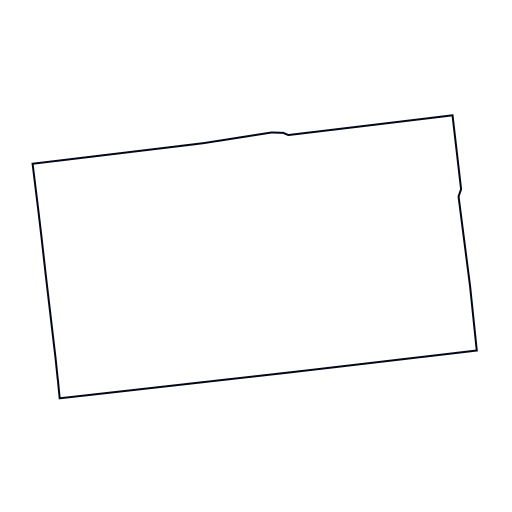 Graves, Kentucky, United States of America (Equal Earth projection), rotated 83°
{"feature_id": "52423323B8927734588522", "entity_name": "Graves", "entity_type": "district", "adm_level": 2, "iso_a3": "USA", "parent_name": "United States of America", "parent_adm1": "Kentucky", "projection": "equal_earth", "projection_center": [-88.656, 36.724], "detail": "fine", "context": "isolated", "style": "outline", "palette": "ink", "viewbox_px": 512, "rotation_deg": 83, "n_neighbors": 0, "source": "geoboundaries", "source_scale": "gbopen_adm2", "svg_char_len": 435}
<svg xmlns="http://www.w3.org/2000/svg" viewBox="0 0 512 512"><g transform="rotate(83 256 256)"><path d="M140.3,43.8L139.9,209.1L137.1,214.0L135.3,225.4L137.6,294.9L137.2,466.5L149.6,466.5L187.1,466.5L210.4,466.6L249.4,467.0L309.8,467.3L333.0,467.4L353.7,467.8L353.8,467.8L356.7,467.7L356.9,467.8L373.3,468.2L375.7,230.7L376.7,48.4L312.5,47.2L221.6,47.7L214.7,44.3L140.3,43.8Z" fill="none" stroke="#020617" stroke-width="2"/></g></svg>